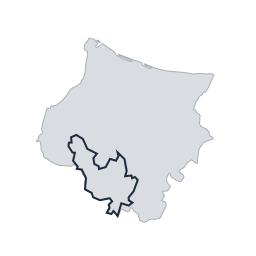 Ivory Coast, with Savanes highlighted, rotated 206°
{"feature_id": "CIV-3431", "entity_name": "Savanes", "entity_type": "Department", "adm_level": 1, "iso_a3": "CIV", "parent_name": "Ivory Coast", "parent_adm1": "", "projection": "albers", "projection_center": [-5.464, 9.628], "detail": "coarse", "context": "in_parent", "style": "outline", "palette": "slate", "viewbox_px": 256, "rotation_deg": 206, "n_neighbors": 0, "source": "natural_earth", "source_scale": "10m", "svg_char_len": 4032}
<svg xmlns="http://www.w3.org/2000/svg" viewBox="0 0 256 256"><g transform="rotate(206 128 128)"><path d="M63.7,57.3L64.5,57.3L66.5,56.7L68.4,55.3L70.1,52.5L72.5,50.2L75.1,50.4L75.9,50.0L76.8,49.9L77.9,51.4L79.0,52.6L79.8,52.6L80.3,54.8L85.1,55.7L87.2,56.3L88.9,57.9L89.5,58.0L90.2,57.6L90.8,57.1L90.9,56.5L90.2,55.0L90.5,53.8L91.3,52.6L92.5,52.5L94.4,52.2L96.5,52.2L98.1,52.5L98.7,51.3L98.1,48.1L98.3,46.3L98.6,44.8L99.1,44.2L101.5,46.1L103.7,46.8L105.2,46.8L105.7,46.5L105.0,44.4L105.2,43.8L105.8,43.4L106.8,43.2L109.5,42.4L109.8,42.6L110.3,45.8L110.1,46.9L110.7,49.1L111.4,51.1L111.3,52.0L110.7,53.2L110.0,54.4L110.1,54.8L111.2,55.6L113.3,56.5L115.5,56.7L116.7,55.5L118.0,54.5L118.9,53.6L119.2,52.4L120.6,51.4L124.5,50.3L128.2,50.1L129.1,50.4L130.7,52.2L132.8,53.5L136.0,53.3L138.3,54.0L140.3,55.4L141.6,58.5L143.1,60.7L143.7,63.8L146.0,65.4L147.9,66.2L150.3,68.4L152.9,69.6L155.5,69.3L156.7,70.5L158.7,71.3L160.7,71.4L162.4,68.8L164.7,67.7L170.4,65.6L172.7,64.6L175.0,64.0L180.5,63.8L185.7,64.4L188.3,64.9L190.0,64.5L191.7,65.8L193.4,68.4L194.9,69.2L196.3,70.1L197.4,72.1L198.7,74.2L199.3,75.1L200.9,77.1L202.2,77.1L203.5,76.2L204.1,75.6L204.4,76.9L203.9,79.1L204.0,80.4L204.7,80.9L204.3,82.7L202.8,85.6L202.8,87.3L204.4,87.9L205.5,89.7L206.1,92.8L206.8,93.9L206.9,94.5L208.0,102.1L209.4,109.8L208.6,110.8L207.4,111.1L206.6,111.5L206.4,112.2L206.9,113.2L206.6,114.2L205.1,114.8L201.9,117.3L201.7,118.3L200.9,120.3L200.2,121.6L199.1,124.0L197.5,130.2L196.9,135.3L196.9,136.9L196.2,138.0L195.5,139.6L192.0,144.0L190.2,147.6L190.5,149.2L190.6,150.8L190.1,151.9L190.2,154.9L190.6,157.5L191.3,160.0L193.9,167.0L195.2,171.3L196.1,174.7L196.8,177.0L197.5,178.0L197.8,178.9L201.6,179.5L202.3,180.0L203.4,184.5L203.2,186.5L202.5,187.3L202.5,189.0L202.4,191.1L201.8,192.0L199.7,192.1L198.3,192.9L196.4,192.6L196.2,192.1L195.2,191.9L192.3,190.7L192.8,186.8L191.5,186.7L190.5,187.2L188.5,191.9L187.5,192.7L173.5,190.3L170.4,188.4L166.7,188.0L160.4,188.2L155.1,188.8L153.6,190.0L166.9,189.3L168.3,189.4L169.0,190.1L152.2,191.7L145.8,192.6L143.9,192.4L142.5,190.9L135.5,190.7L134.1,191.2L133.2,192.3L136.0,192.1L140.3,192.0L141.4,192.9L127.9,194.0L118.5,196.1L114.5,197.6L101.4,202.7L93.4,205.1L91.3,206.0L87.7,208.5L83.0,210.0L77.8,213.0L74.5,213.6L73.8,212.7L73.8,207.7L73.4,201.0L73.6,198.4L74.0,196.0L74.0,194.0L75.6,193.3L76.0,192.5L76.3,189.9L77.8,187.5L77.8,183.4L78.3,182.5L78.6,181.4L78.0,178.7L77.2,173.6L76.8,173.3L76.5,173.5L75.6,173.6L72.4,171.8L69.8,171.5L68.1,170.0L68.0,168.3L67.1,167.3L66.5,165.3L65.6,163.0L63.2,161.6L60.8,161.2L59.2,161.5L57.2,161.4L55.0,160.6L53.4,159.8L52.0,158.1L50.7,156.7L49.6,156.9L48.3,156.6L47.0,156.0L46.6,155.5L52.0,150.2L53.9,147.7L54.1,146.1L54.1,144.5L54.7,142.8L54.9,140.3L52.0,131.2L51.2,128.4L50.4,127.6L49.9,127.3L51.5,126.1L53.5,126.4L56.7,127.4L57.4,126.5L59.9,121.9L59.8,120.2L59.6,119.0L61.0,115.9L62.2,114.7L62.8,113.4L62.6,111.6L61.8,110.9L60.6,111.0L59.3,110.6L57.3,109.5L56.2,108.6L56.6,104.5L56.8,103.2L57.5,102.4L58.6,102.3L61.8,102.2L64.4,102.6L66.6,102.9L67.8,102.9L68.8,104.2L70.0,105.4L71.2,105.4L71.6,104.5L71.3,100.4L70.6,98.2L68.9,96.1L64.5,94.3L64.4,91.8L64.8,89.1L65.8,88.1L69.1,86.4L68.6,85.5L67.5,84.5L65.4,83.5L65.9,80.3L66.0,77.4L64.3,77.7L62.5,77.9L60.9,77.0L59.7,75.2L59.5,70.4L59.5,64.8L59.3,62.4L59.8,61.0L61.4,59.8L63.1,58.3L63.7,57.3ZM194.5,192.7L193.8,193.8L190.3,193.1L191.1,192.2L194.5,192.7Z" fill="#d9dde1" stroke="#a8b0b8" stroke-width="1"/><path d="M129.1,50.5L132.3,53.8L139.8,54.0L143.8,64.6L151.4,70.4L156.1,68.8L156.2,71.2L163.0,74.5L164.9,82.5L167.1,81.6L173.5,85.5L174.7,88.9L172.3,90.2L175.1,94.7L171.4,99.1L163.8,98.4L155.4,91.4L144.7,91.3L145.9,85.7L142.4,80.9L137.6,80.8L136.1,78.4L130.9,83.1L130.6,92.4L124.4,93.3L124.3,98.7L126.7,101.5L117.5,98.5L110.3,88.7L109.4,83.4L104.1,86.8L102.2,84.6L100.3,87.0L96.5,85.6L95.2,73.5L97.0,65.9L95.6,63.3L91.3,62.9L93.3,58.6L101.0,57.4L98.7,44.3L104.6,47.0L105.2,43.4L109.9,42.5L109.5,48.1L111.7,50.6L110.1,55.1L113.6,56.8L121.6,50.8L129.1,50.5Z" fill="none" stroke="#1e293b" stroke-width="2"/></g></svg>